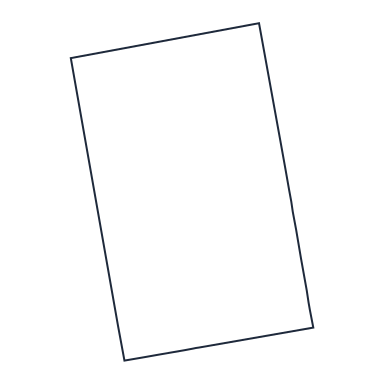 the district of Fall River, South Dakota, United States of America, rotated 260°
{"feature_id": "52423323B73670292543255", "entity_name": "Fall River", "entity_type": "district", "adm_level": 2, "iso_a3": "USA", "parent_name": "United States of America", "parent_adm1": "South Dakota", "projection": "orthographic", "projection_center": [-103.704, 43.24], "detail": "fine", "context": "isolated", "style": "outline", "palette": "slate", "viewbox_px": 384, "rotation_deg": 260, "n_neighbors": 0, "source": "geoboundaries", "source_scale": "gbopen_adm2", "svg_char_len": 485}
<svg xmlns="http://www.w3.org/2000/svg" viewBox="0 0 384 384"><g transform="rotate(260 192 192)"><path d="M37.7,96.2L37.6,115.8L37.6,131.1L37.5,157.2L37.6,165.9L37.7,168.8L37.6,171.7L37.4,287.9L55.6,287.6L62.9,287.6L75.0,287.9L107.2,287.8L107.7,287.8L136.7,288.0L155.0,287.8L165.1,288.1L177.3,288.0L177.5,288.0L198.0,288.0L198.4,288.0L227.9,287.9L246.7,287.8L307.7,287.5L308.1,287.5L346.6,287.3L344.9,95.9L73.0,95.9L37.7,96.2Z" fill="none" stroke="#1e293b" stroke-width="2"/></g></svg>